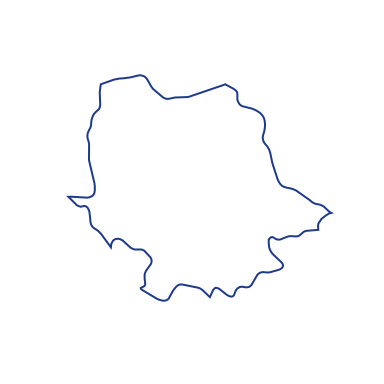 the Region of `Asir, rotated 299°
{"feature_id": "SAU-886", "entity_name": "`Asir", "entity_type": "Region", "adm_level": 1, "iso_a3": "SAU", "parent_name": "Saudi Arabia", "parent_adm1": "", "projection": "albers", "projection_center": [42.804, 19.207], "detail": "fine", "context": "isolated", "style": "outline", "palette": "blue", "viewbox_px": 384, "rotation_deg": 299, "n_neighbors": 0, "source": "natural_earth", "source_scale": "10m", "svg_char_len": 3036}
<svg xmlns="http://www.w3.org/2000/svg" viewBox="0 0 384 384"><g transform="rotate(299 192 192)"><path d="M241.3,324.0L239.9,322.5L236.9,320.7L231.6,318.4L230.5,318.2L228.0,318.1L226.7,317.8L225.2,318.0L223.6,318.6L220.1,320.8L214.2,311.9L213.0,310.3L211.5,309.1L206.1,307.1L204.7,306.1L203.7,304.7L201.4,300.0L200.4,298.4L198.6,296.6L193.1,292.1L192.0,290.2L191.5,288.4L191.7,285.3L191.4,283.9L190.4,282.8L187.7,282.2L187.1,282.4L183.8,284.3L180.8,286.5L179.6,287.8L178.6,289.2L177.0,292.2L173.8,304.5L173.2,305.9L172.2,307.0L170.9,307.6L169.4,307.6L167.8,306.9L166.1,305.7L159.4,298.9L158.2,297.0L157.4,295.3L156.8,293.8L155.9,292.2L154.6,290.8L152.6,289.7L150.9,289.3L139.7,289.1L138.1,288.7L136.6,287.9L135.1,286.0L134.4,284.5L133.5,281.8L133.0,281.0L132.0,279.8L130.1,278.7L128.4,278.2L126.9,278.1L122.1,278.7L120.8,278.4L119.6,277.3L119.0,275.2L118.9,273.5L119.0,271.8L120.5,262.9L120.4,261.3L120.1,260.0L119.4,258.8L116.7,258.0L108.7,258.6L111.2,249.2L111.5,247.0L111.5,245.1L111.0,242.9L106.3,228.1L105.5,226.6L104.3,225.4L102.9,224.6L101.5,224.1L98.5,223.5L95.4,223.2L87.7,223.3L86.3,222.9L84.9,222.1L83.7,220.8L82.9,219.4L82.4,217.8L82.0,216.3L81.6,213.2L82.2,195.8L82.5,194.4L83.1,193.7L84.2,194.3L85.4,195.2L86.8,196.0L88.2,196.0L89.5,195.3L93.1,192.7L96.2,190.9L97.8,190.3L99.3,190.1L100.9,190.0L108.7,190.9L109.6,190.9L110.7,190.7L112.1,190.1L113.4,189.2L114.4,187.9L115.0,186.4L117.5,178.8L117.5,177.0L117.0,175.2L114.1,170.1L113.7,168.6L113.5,166.6L113.6,164.9L115.9,155.2L116.0,153.7L115.9,152.2L115.5,150.6L114.7,149.1L113.6,147.8L112.7,147.2L111.7,146.7L110.4,146.5L107.4,146.6L104.3,147.9L111.4,132.5L112.5,128.8L112.9,123.5L113.5,121.5L114.6,119.5L116.1,118.1L124.4,112.3L125.9,110.9L127.5,108.6L128.0,106.8L127.8,105.0L126.9,103.7L125.2,101.9L124.7,99.6L124.6,97.7L127.9,86.2L129.2,88.4L136.3,103.2L137.5,104.6L138.8,105.8L140.2,106.7L141.8,107.2L143.8,107.1L146.1,106.3L149.9,104.2L152.3,102.5L170.0,86.4L183.8,78.9L185.8,77.3L188.5,74.5L190.2,73.4L192.2,72.5L194.7,72.0L199.0,71.9L200.1,71.7L201.5,71.3L205.7,69.4L208.0,68.8L211.0,68.4L213.0,68.5L214.8,68.9L219.3,70.4L221.3,70.3L223.7,69.5L234.6,62.9L242.0,60.0L252.3,69.1L256.1,73.6L258.4,77.2L262.5,82.7L268.4,89.1L269.3,90.8L269.7,92.4L269.9,93.8L269.9,95.2L269.8,95.5L269.3,97.1L268.7,98.4L264.7,104.9L263.3,107.8L260.7,120.6L260.7,122.4L261.2,124.8L262.3,126.6L266.4,131.3L273.2,142.6L301.1,167.9L302.3,168.8L302.4,178.2L302.1,180.6L301.6,182.3L300.9,183.2L299.8,184.1L295.2,186.6L293.6,188.1L291.9,190.8L291.4,192.8L291.5,194.6L294.0,204.0L294.4,207.3L294.4,209.9L294.2,212.7L293.7,214.8L293.0,216.6L292.2,218.1L291.1,219.5L289.8,220.8L286.7,223.0L283.5,224.6L280.4,225.7L275.5,226.8L273.9,227.5L272.2,228.6L270.7,230.3L269.7,232.1L268.1,236.2L267.2,237.7L266.4,239.0L264.2,241.4L256.3,248.2L244.9,260.4L243.1,262.8L241.7,265.5L241.1,267.6L241.0,269.5L241.7,272.8L242.8,276.1L243.5,279.1L243.8,282.2L242.0,298.8L241.4,301.8L241.3,303.8L241.5,305.6L243.0,310.2L243.2,314.2L241.3,321.7L241.3,324.0Z" fill="none" stroke="#1e3a8a" stroke-width="2"/></g></svg>